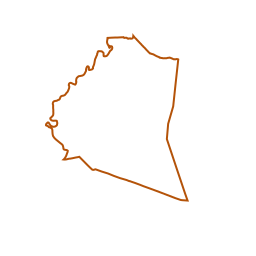 outline of Matam, Matam, Senegal, rotated 246°
{"feature_id": "50182788B95113260184043", "entity_name": "Matam", "entity_type": "district", "adm_level": 2, "iso_a3": "SEN", "parent_name": "Senegal", "parent_adm1": "Matam", "projection": "albers", "projection_center": [-13.438, 15.719], "detail": "fine", "context": "isolated", "style": "outline", "palette": "amber", "viewbox_px": 256, "rotation_deg": 246, "n_neighbors": 0, "source": "geoboundaries", "source_scale": "gbopen_adm2", "svg_char_len": 5844}
<svg xmlns="http://www.w3.org/2000/svg" viewBox="0 0 256 256"><g transform="rotate(246 128 128)"><path d="M218.5,146.3L218.2,146.1L218.4,145.8L217.5,145.3L216.3,144.5L215.1,143.8L214.3,143.6L213.5,143.5L212.5,143.5L211.8,143.6L211.5,143.7L211.4,143.7L211.2,143.7L209.4,143.6L209.0,143.6L208.9,143.7L208.8,143.8L208.7,143.9L208.8,144.1L209.0,144.3L209.1,144.2L209.4,144.0L209.7,144.0L210.6,144.0L211.0,144.1L209.9,145.1L209.6,145.4L209.4,146.1L209.2,146.3L208.8,146.5L208.4,146.4L207.7,146.3L207.1,145.9L206.8,145.7L206.4,145.2L206.0,144.4L205.9,143.8L205.8,143.3L205.7,143.0L205.5,142.8L205.3,142.5L204.8,141.7L204.0,140.7L203.8,140.3L203.2,139.5L202.7,138.3L202.5,137.8L202.6,137.2L202.7,136.6L203.0,135.8L203.3,135.3L203.5,135.1L203.9,135.1L204.9,135.5L205.8,135.9L206.4,136.1L206.6,136.1L206.9,136.1L207.4,135.8L208.3,135.4L208.7,135.2L208.9,134.8L209.6,133.6L210.1,132.5L210.2,132.1L210.1,131.8L210.0,131.5L209.7,131.3L209.0,130.8L208.6,130.2L208.3,130.0L207.8,129.8L207.2,129.3L206.6,128.5L205.8,127.7L204.7,126.5L204.3,126.0L203.9,125.7L202.3,124.6L201.0,123.7L199.9,122.9L198.7,121.7L197.8,120.7L197.6,120.6L197.2,120.5L196.9,120.4L196.7,120.3L196.3,119.5L196.2,119.2L196.2,118.9L196.3,118.0L196.5,117.0L196.6,116.5L196.8,116.2L197.0,116.0L197.3,116.0L197.6,116.0L197.9,116.2L198.3,116.5L198.9,116.8L199.6,116.9L200.0,116.9L200.4,116.7L200.7,116.3L200.8,116.0L200.7,115.6L200.3,115.1L199.7,114.4L198.6,113.5L198.1,113.3L197.9,113.2L197.7,113.1L197.3,112.9L196.9,112.5L196.3,111.7L195.7,111.0L195.0,110.0L194.6,109.1L194.5,108.5L194.5,107.9L194.5,107.3L194.6,107.0L195.0,105.2L195.3,104.4L195.3,104.0L195.3,103.7L195.1,103.0L194.9,102.5L194.7,101.8L194.4,101.4L194.2,101.1L193.4,100.5L192.4,99.9L191.9,99.6L191.5,99.6L191.2,99.6L190.8,99.3L190.1,98.8L189.6,98.3L189.2,97.7L189.1,97.4L189.2,97.2L189.5,97.0L189.7,96.8L190.1,96.3L190.4,96.0L191.6,95.0L192.2,94.5L192.6,94.0L192.7,93.5L192.7,92.9L192.5,92.3L192.2,92.0L191.7,91.6L191.2,91.3L190.1,91.3L189.7,91.2L189.1,90.9L188.0,90.1L186.2,88.2L185.6,87.4L185.3,86.8L185.1,86.2L184.9,85.8L184.2,84.6L183.9,84.0L183.8,83.3L183.8,82.3L184.1,81.2L184.2,80.3L184.1,79.5L183.8,79.0L183.4,78.6L182.8,77.9L182.4,77.6L182.2,77.3L182.0,76.9L181.9,76.6L182.0,76.2L182.0,74.8L181.9,74.5L181.9,74.1L182.0,73.5L182.3,72.6L182.4,72.3L182.4,71.7L182.5,71.5L182.4,71.0L182.2,70.5L182.1,70.2L181.8,69.9L181.3,69.5L180.9,69.2L180.3,69.0L179.8,69.0L179.3,68.9L178.7,68.6L177.8,68.2L176.9,67.8L176.4,67.6L175.7,67.4L173.9,66.7L173.4,66.4L172.8,66.2L171.8,65.8L170.6,65.1L170.4,65.0L169.9,64.4L169.6,63.8L169.4,63.4L169.3,62.9L169.1,62.6L168.9,62.3L168.8,61.4L168.5,61.0L168.3,60.9L168.0,60.8L167.2,60.8L166.6,61.0L166.1,61.3L165.6,61.8L165.3,62.2L165.1,62.6L164.8,63.1L164.6,63.9L164.2,64.8L163.8,65.5L163.5,65.8L163.2,65.8L162.7,65.7L162.1,65.6L161.2,65.4L160.2,64.7L159.7,64.4L159.3,63.8L159.2,63.2L159.0,62.4L159.1,61.6L159.3,60.7L159.8,59.8L160.4,59.3L160.9,58.8L161.3,58.5L161.9,58.2L162.4,58.1L163.2,58.0L164.1,57.8L164.6,57.8L165.3,57.6L165.6,57.2L165.7,56.9L165.6,56.5L165.4,56.1L165.2,55.5L165.0,55.1L164.8,54.8L164.4,54.5L164.2,54.3L163.9,54.2L163.6,54.3L163.4,54.4L163.1,54.8L162.8,55.2L162.3,55.6L161.8,55.8L161.4,55.9L160.9,56.1L160.4,56.8L159.8,57.3L159.0,58.0L158.2,58.2L157.7,58.2L157.2,58.1L156.7,58.0L156.4,57.9L156.0,57.7L155.5,57.5L153.9,56.9L152.5,56.5L151.8,56.4L151.4,56.3L151.1,56.3L149.3,56.6L148.3,56.9L146.8,57.5L144.6,58.6L142.4,59.7L141.8,60.0L140.7,60.6L139.7,61.1L139.0,61.3L138.2,61.3L136.5,61.0L135.6,60.7L135.1,60.6L134.6,60.7L134.0,61.2L133.7,61.6L132.8,63.0L132.2,63.5L131.6,63.7L131.2,63.4L130.7,63.1L130.2,62.6L129.0,61.4L127.9,60.4L127.1,59.4L126.5,58.6L125.9,57.5L125.5,56.7L125.4,56.4L125.1,56.9L124.5,58.5L124.2,60.0L123.9,61.7L123.4,63.1L123.2,64.1L123.0,64.8L122.7,66.3L122.4,67.8L122.1,69.0L121.7,70.6L121.5,71.8L111.1,75.7L107.8,77.0L104.9,78.2L104.5,78.4L104.3,78.7L104.0,79.0L103.8,79.5L103.6,80.4L103.6,81.2L103.5,81.4L103.4,81.6L98.9,86.3L94.6,91.2L89.9,95.7L85.4,100.4L81.0,105.6L78.9,107.6L78.8,108.0L77.4,109.4L76.3,110.6L75.2,111.8L71.1,116.0L68.6,118.4L64.3,122.9L56.9,130.5L54.8,132.6L44.9,142.5L40.8,146.9L40.1,148.0L37.5,152.9L45.1,153.5L71.4,156.0L102.1,159.0L115.5,166.4L129.4,178.1L149.8,189.9L170.2,201.8L170.5,201.6L170.7,201.3L171.0,200.8L171.2,200.4L171.4,199.9L171.4,199.4L171.6,198.9L171.9,198.5L172.0,198.0L172.4,197.5L173.0,197.0L173.4,196.7L173.7,196.4L173.8,196.2L174.2,195.9L174.5,195.6L174.8,195.4L174.9,195.2L175.1,194.8L175.4,194.6L175.5,194.2L175.7,193.4L175.8,193.0L176.0,192.5L176.0,192.0L176.1,191.5L176.3,190.9L176.6,190.4L176.8,190.0L176.9,189.6L177.2,188.9L177.5,188.3L178.2,187.4L178.5,186.7L178.9,186.4L179.1,186.1L179.2,185.7L179.6,185.5L179.9,185.2L180.3,185.1L180.8,184.5L181.1,184.2L181.5,183.9L181.8,183.5L182.3,183.1L182.9,182.7L183.2,182.4L184.2,181.7L184.5,181.5L184.8,181.1L185.2,180.9L185.5,180.5L185.8,180.1L186.1,179.8L186.3,179.4L186.6,179.2L186.9,179.0L187.0,178.7L187.3,178.3L187.8,178.2L188.4,177.9L188.9,177.7L189.4,177.5L190.1,177.3L191.4,176.8L192.2,176.5L192.7,176.4L193.5,176.1L194.1,175.9L194.6,175.8L195.0,175.6L195.5,175.3L196.1,175.1L196.9,174.9L197.5,174.6L198.3,174.3L199.5,174.0L200.1,173.7L201.5,173.2L202.2,173.0L202.8,172.7L203.3,172.6L203.9,172.4L204.5,172.1L205.3,171.9L206.0,171.7L206.6,171.4L207.7,171.0L208.1,170.8L208.6,170.7L209.1,170.7L209.4,170.4L209.9,170.3L209.7,170.2L209.1,169.7L208.7,169.5L208.4,169.2L208.1,168.4L208.1,168.1L208.2,167.6L208.3,167.3L208.5,166.8L208.8,166.5L209.0,166.4L209.0,166.1L209.3,165.5L209.5,165.1L209.4,164.7L209.6,164.4L209.9,164.0L210.2,163.8L210.6,163.7L210.9,163.5L211.2,163.1L211.4,162.6L211.6,162.0L211.7,161.5L211.9,161.3L212.1,161.0L212.4,160.8L212.8,160.8L212.9,160.4L213.1,160.0L213.2,159.5L213.5,159.0L213.7,158.4L215.2,154.5L215.8,153.3L216.4,151.7L217.1,150.0L218.1,147.3L218.5,146.3Z" fill="none" stroke="#b45309" stroke-width="2"/></g></svg>